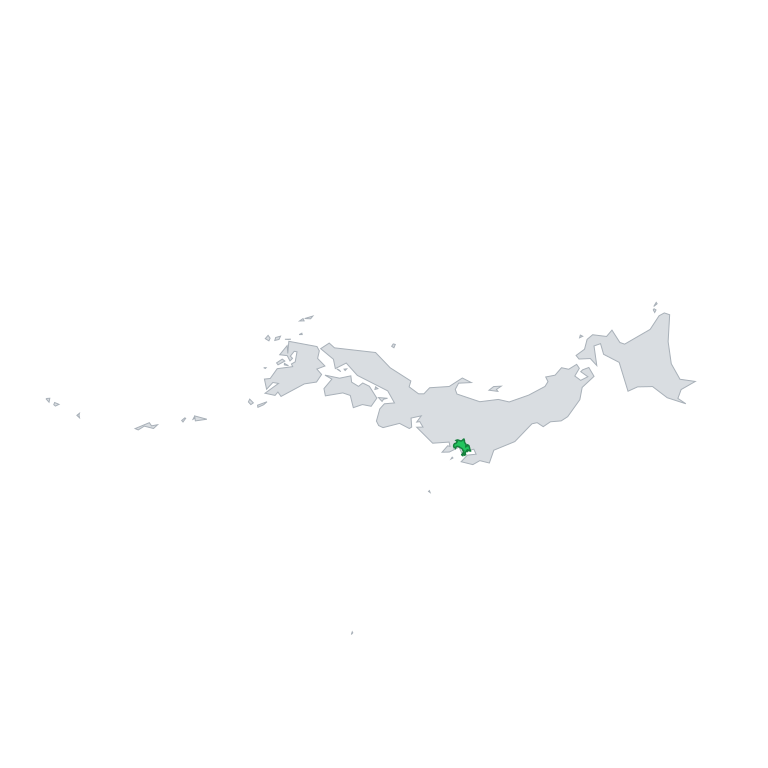 Kanagawa highlighted on a map of Japan, rotated 46°
{"feature_id": "JPN-1857", "entity_name": "Kanagawa", "entity_type": "Prefecture", "adm_level": 1, "iso_a3": "JPN", "parent_name": "Japan", "parent_adm1": "", "projection": "robinson", "projection_center": [139.409, 35.386], "detail": "fine", "context": "in_parent", "style": "filled", "palette": "green", "viewbox_px": 768, "rotation_deg": 46, "n_neighbors": 0, "source": "natural_earth", "source_scale": "10m", "svg_char_len": 5569}
<svg xmlns="http://www.w3.org/2000/svg" viewBox="0 0 768 768"><g transform="rotate(46 384 384)"><path d="M514.4,225.2L524.4,227.6L524.1,243.8L531.3,254.0L535.1,274.6L533.6,282.2L526.8,290.5L525.3,299.1L518.2,300.7L515.4,305.2L516.3,329.9L507.9,351.0L514.0,363.1L505.7,368.3L503.7,376.1L493.5,382.5L493.1,373.4L498.5,366.5L493.3,364.7L489.6,370.7L490.1,376.9L481.6,373.8L478.3,384.3L473.4,389.6L472.7,381.1L474.7,379.9L471.0,377.5L460.4,390.1L437.8,390.5L442.1,385.9L435.9,384.4L434.1,386.9L432.8,379.3L427.3,388.2L434.2,394.0L433.6,396.7L423.1,400.2L414.7,415.0L410.2,416.7L405.4,415.2L399.0,404.3L398.5,397.5L404.9,389.6L391.5,386.1L359.3,397.2L342.7,396.6L339.1,408.3L331.1,403.2L314.6,405.0L316.5,395.0L323.6,394.5L355.5,368.2L376.6,368.3L400.5,362.6L403.5,367.9L415.0,366.0L418.8,362.1L418.4,353.8L431.1,338.8L434.1,323.5L443.6,320.2L435.2,329.8L437.4,336.5L441.9,338.5L463.3,327.4L474.5,312.5L483.9,306.4L492.5,287.7L497.6,269.9L496.2,264.4L491.3,262.8L496.5,254.8L495.6,245.0L501.7,240.9L503.7,231.8L508.4,232.6L510.8,241.2L518.0,240.0L520.4,232.3L511.8,233.9L511.8,231.2L514.4,225.2ZM569.0,163.3L586.2,167.8L598.4,158.3L594.4,174.1L598.5,182.6L607.9,180.6L590.6,189.8L572.4,192.6L562.2,203.6L558.7,213.5L531.8,199.8L515.2,205.4L505.4,200.2L502.5,206.5L518.5,218.1L509.0,217.9L501.5,226.4L496.9,226.0L498.3,215.6L493.0,206.9L493.5,199.7L504.4,190.9L503.6,182.6L518.0,185.5L522.5,183.2L529.6,154.6L526.0,138.7L527.6,133.0L532.6,130.4L550.9,150.2L569.0,163.3ZM319.5,414.0L330.0,414.0L326.6,421.9L333.8,422.3L335.7,431.2L328.6,441.2L321.4,466.7L316.1,465.9L316.5,470.3L308.0,476.0L310.3,459.5L305.7,462.9L306.2,472.1L297.4,466.6L301.0,462.0L298.8,450.2L308.1,437.6L305.3,436.7L306.4,432.5L300.4,424.2L298.1,425.9L298.9,432.0L302.0,432.0L302.1,435.6L296.4,433.9L290.5,438.7L289.1,427.0L295.2,432.0L287.2,422.8L310.5,406.2L315.2,407.5L319.5,414.0ZM375.5,396.1L389.2,399.0L391.1,408.7L383.8,413.8L379.7,422.5L368.8,416.2L361.8,419.8L351.8,434.4L345.6,430.4L344.3,418.1L336.6,420.3L349.0,411.9L355.1,402.2L360.2,406.0L368.0,404.0L368.5,398.6L375.5,396.1ZM255.9,580.7L247.8,585.7L246.3,592.7L243.2,594.0L248.8,579.7L252.6,580.3L256.0,575.2L255.9,580.7ZM468.4,307.2L461.4,312.8L462.0,306.9L467.0,301.2L466.0,306.9L468.4,307.2ZM286.3,535.9L279.5,545.3L275.4,542.4L286.3,535.9ZM296.6,446.9L294.2,446.6L295.4,439.9L298.6,439.4L296.6,446.9ZM395.2,397.5L389.9,397.4L396.7,391.4L394.6,394.9L395.2,397.5ZM306.3,494.1L302.7,494.0L301.6,491.1L306.8,491.1L306.3,494.1ZM286.1,391.5L281.8,395.6L285.7,388.0L286.1,391.5ZM313.2,490.9L311.4,489.7L315.5,480.5L315.3,485.0L313.2,490.9ZM268.5,433.6L271.9,434.1L273.0,436.8L268.9,437.9L268.5,433.6ZM283.1,397.6L280.0,401.0L280.7,396.8L283.1,397.6ZM164.4,637.6L160.1,637.4L160.1,636.7L162.1,634.3L164.4,637.6ZM364.8,351.7L362.2,352.3L361.6,349.5L363.4,348.4L364.8,351.7ZM276.8,432.3L275.3,429.6L277.7,425.2L279.0,428.6L276.8,432.3ZM172.9,631.9L171.6,635.7L169.5,635.9L168.5,633.8L172.9,631.9ZM271.7,555.0L269.7,554.9L270.0,550.8L270.9,550.5L271.7,555.0ZM520.6,139.6L517.7,138.8L517.5,137.5L519.7,136.9L520.6,139.6ZM304.5,440.0L301.0,442.4L300.0,441.3L304.5,440.0ZM486.6,211.2L485.2,208.8L487.7,207.9L486.6,211.2ZM340.4,407.5L342.5,406.6L345.1,406.5L340.4,407.5ZM516.0,131.8L515.6,136.1L514.4,131.5L516.0,131.8ZM285.8,421.6L283.0,424.2L287.1,419.8L285.8,421.6ZM196.8,626.5L193.2,626.7L193.5,623.4L194.5,625.0L196.8,626.5ZM291.6,408.5L289.5,410.7L290.4,407.8L291.6,408.5ZM383.1,391.6L381.6,394.3L380.2,392.0L383.1,391.6ZM277.3,544.1L276.7,545.9L276.0,543.7L277.3,544.1ZM485.1,385.8L484.5,387.9L484.0,385.8L485.1,385.8ZM290.4,458.6L288.7,459.2L290.4,457.5L290.4,458.6ZM347.2,400.3L347.3,402.6L345.6,402.4L347.2,400.3ZM494.1,426.2L492.2,426.6L492.2,425.4L494.1,426.2ZM541.3,579.3L541.5,581.5L540.2,579.0L541.3,579.3Z" fill="#d9dde1" stroke="#a8b0b8" stroke-width="1"/><path d="M492.3,368.2L492.2,368.5L491.5,368.9L490.9,369.3L490.4,369.4L489.9,369.3L489.6,369.4L489.4,369.6L489.8,369.8L490.2,370.0L490.3,370.1L490.2,370.4L490.3,370.9L490.1,370.9L489.6,370.6L489.3,370.9L489.4,371.2L489.7,371.4L489.7,372.3L489.6,372.7L489.6,373.0L489.6,373.3L489.7,373.6L489.9,373.3L490.1,373.5L490.5,374.0L491.3,374.1L491.5,374.5L491.1,374.9L491.2,375.0L491.2,375.5L490.4,375.5L489.9,375.8L489.8,376.2L490.0,376.6L490.2,376.9L490.3,377.1L490.1,377.2L489.9,377.2L489.4,377.1L489.1,377.3L488.9,377.3L488.8,377.1L488.9,376.8L488.9,376.3L488.6,375.6L489.1,375.4L489.0,375.2L488.7,375.1L488.6,374.8L488.0,374.0L487.9,373.9L487.8,373.6L487.6,373.6L487.5,373.1L487.1,373.2L486.7,373.2L486.3,373.3L485.9,373.0L484.9,372.8L483.2,373.2L482.3,373.4L481.3,373.6L480.3,374.2L479.5,374.8L479.5,376.1L479.8,377.2L479.0,376.9L478.5,377.7L478.1,377.5L477.7,377.4L477.2,377.2L476.9,376.9L476.7,376.7L476.3,376.1L476.1,375.6L476.0,375.0L476.0,374.5L476.2,374.2L476.5,373.8L476.6,373.7L476.6,373.3L476.6,373.0L476.5,372.5L476.4,372.3L476.4,372.1L476.4,371.9L476.4,371.5L476.4,371.3L476.1,371.2L475.9,371.2L474.6,371.4L474.8,370.9L475.3,370.0L475.7,369.7L476.0,369.5L476.5,369.3L478.2,368.4L478.5,368.2L478.6,367.9L478.8,367.6L479.0,366.5L479.0,366.2L478.9,365.4L479.1,364.8L479.6,364.9L480.3,365.4L480.7,365.5L481.5,366.3L481.9,366.5L482.6,366.7L483.5,366.8L484.2,366.9L484.6,367.2L485.0,367.6L485.1,367.8L485.8,368.7L486.0,368.8L486.0,368.7L486.1,368.3L486.0,367.5L486.1,367.3L486.3,367.3L486.4,367.2L486.3,366.9L485.8,366.5L485.7,366.3L485.7,366.2L485.8,366.1L486.2,366.3L486.4,366.3L486.4,366.2L486.5,366.0L486.7,365.9L486.9,365.8L487.1,365.8L487.4,365.8L489.7,367.0L489.8,367.1L490.5,367.6L492.3,368.2L492.3,368.2Z" fill="#22c55e" stroke="#15803d" stroke-width="1.5"/></g></svg>